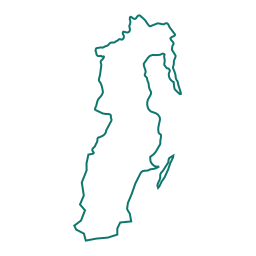 outline of Analanjirofo
{"feature_id": "MDG-5863", "entity_name": "Analanjirofo", "entity_type": "Autonomous Province", "adm_level": 1, "iso_a3": "MDG", "parent_name": "Madagascar", "parent_adm1": "", "projection": "albers", "projection_center": [49.502, -16.347], "detail": "fine", "context": "isolated", "style": "outline", "palette": "teal", "viewbox_px": 256, "rotation_deg": 0, "n_neighbors": 0, "source": "natural_earth", "source_scale": "10m", "svg_char_len": 5004}
<svg xmlns="http://www.w3.org/2000/svg" viewBox="0 0 256 256"><path d="M181.7,93.8L179.8,94.1L176.1,90.7L174.6,89.0L174.1,86.6L173.7,82.5L173.6,81.9L172.6,81.6L171.6,80.7L170.5,79.6L169.9,78.7L169.4,77.7L169.0,76.4L168.8,75.1L168.8,73.8L169.2,72.5L169.7,71.4L169.8,70.3L169.1,69.1L168.6,68.7L168.1,68.4L167.6,68.3L167.0,68.3L166.6,68.0L164.4,65.1L164.2,64.1L164.7,61.6L164.7,60.2L164.1,56.2L164.2,55.7L164.5,55.2L164.6,54.7L164.1,54.0L163.7,53.8L162.3,53.7L160.3,54.7L157.4,55.1L152.5,55.0L149.9,55.9L148.2,57.5L143.8,63.7L143.9,65.8L145.5,70.4L145.6,71.5L145.5,72.6L144.7,74.8L145.0,75.8L145.9,76.7L146.8,77.7L147.4,80.4L148.5,83.1L149.0,87.1L149.8,89.6L150.9,91.7L151.1,92.7L150.9,94.0L150.3,95.4L148.0,99.5L147.3,101.8L147.2,104.5L147.7,107.2L148.7,109.4L150.7,111.4L155.7,113.2L157.9,114.6L159.7,117.2L160.0,119.5L158.4,127.0L158.2,130.1L158.7,132.9L160.0,134.1L160.8,134.6L161.0,135.8L160.7,138.9L160.4,140.1L160.3,140.7L160.3,143.5L160.0,144.5L155.9,151.6L153.7,154.2L150.2,156.9L150.4,160.6L150.9,162.3L152.1,164.0L153.7,165.5L155.3,166.4L157.2,166.7L159.2,166.5L156.9,167.8L154.5,168.7L150.0,169.4L148.1,170.5L144.2,170.8L142.7,171.1L141.4,172.0L140.5,173.3L135.3,183.6L131.8,193.7L127.9,203.0L127.1,208.7L127.5,209.9L129.8,213.7L131.2,221.4L120.2,222.5L117.3,228.5L117.3,234.6L107.8,237.6L96.3,238.6L85.8,240.6L83.9,233.6L76.2,229.6L74.3,225.6L81.0,220.6L85.0,210.3L80.0,204.5L83.8,195.5L81.8,182.5L86.6,170.4L86.5,163.4L88.4,154.6L92.2,153.9L92.7,153.7L93.4,153.4L93.7,153.0L93.7,152.6L93.5,152.3L92.8,151.3L92.4,150.6L92.3,150.1L92.3,149.6L92.6,148.8L93.0,148.3L93.4,147.8L94.1,147.2L94.8,146.5L95.1,146.0L95.9,144.1L96.9,142.4L97.2,141.5L97.4,140.8L97.4,139.7L97.4,139.0L97.8,138.0L98.1,137.6L98.6,137.4L99.1,137.3L99.5,137.3L100.0,137.1L103.0,135.6L104.5,134.4L105.7,132.6L105.9,132.1L106.0,131.6L106.1,130.7L106.5,129.8L111.0,121.4L111.4,120.5L111.5,119.8L111.5,119.3L111.3,118.9L110.9,117.7L110.8,117.3L110.9,116.4L110.9,115.9L110.8,115.4L110.6,115.1L110.4,114.8L110.0,114.5L109.2,114.2L108.4,114.0L105.3,113.9L102.9,113.5L95.7,110.1L95.4,109.9L95.1,109.6L95.0,109.1L95.1,108.4L96.2,105.9L96.9,103.1L96.9,102.9L97.6,100.6L98.2,99.4L98.6,98.8L100.5,96.7L101.6,95.3L102.6,93.3L102.8,92.6L102.9,92.0L102.8,91.1L101.9,86.5L101.3,84.8L100.7,83.3L100.3,82.6L99.3,81.3L99.1,80.9L99.0,80.5L98.9,80.0L98.9,79.5L99.1,78.6L100.0,75.1L101.3,65.2L101.3,64.8L101.2,64.3L101.1,63.9L101.0,63.5L100.8,63.0L100.7,62.4L100.8,61.4L101.0,60.9L101.3,60.4L102.6,59.3L103.4,58.2L103.7,57.6L103.9,57.0L103.9,56.6L103.7,56.4L103.4,56.4L102.6,56.6L102.2,56.6L101.9,56.5L101.5,56.3L101.2,56.0L100.9,55.9L100.5,55.9L99.7,56.1L99.2,56.1L98.7,56.1L98.2,56.0L97.8,55.9L97.5,55.7L97.2,55.4L96.9,55.1L96.5,54.4L96.4,54.0L96.3,53.5L96.2,52.5L96.1,52.1L95.7,51.4L95.6,50.8L95.6,50.2L95.8,49.1L96.1,48.6L96.4,48.2L97.3,48.0L99.3,47.7L100.2,47.5L100.6,47.4L101.1,47.4L102.0,47.6L102.5,47.6L102.9,47.5L103.3,47.4L105.5,46.2L107.2,45.7L107.9,45.4L108.3,45.0L108.6,44.6L109.1,44.0L109.4,43.6L109.8,43.3L110.5,42.9L110.8,42.7L111.2,42.6L111.7,42.5L112.2,42.5L113.2,42.6L113.8,42.5L114.4,42.4L116.6,41.0L117.4,40.7L117.8,40.4L118.5,39.7L118.8,39.4L119.2,39.2L119.7,39.2L120.1,39.2L121.4,39.6L121.8,39.6L122.4,39.5L122.9,39.0L123.3,38.6L123.5,38.2L123.8,37.4L123.9,36.9L123.9,36.4L123.8,35.9L123.7,35.4L123.5,35.1L123.1,34.4L122.9,34.1L122.8,33.6L122.8,33.0L122.9,32.3L123.1,31.9L123.5,31.7L123.9,31.7L124.3,31.8L125.5,32.2L126.4,32.4L127.5,32.5L128.0,32.4L128.5,32.1L129.2,31.7L129.5,31.3L129.7,30.8L129.9,29.3L129.8,28.3L129.7,27.8L129.6,27.4L129.4,26.9L129.3,26.5L129.3,26.0L129.5,25.4L130.1,23.7L130.2,23.2L130.4,22.2L130.3,21.2L129.8,19.5L129.8,18.9L129.8,18.3L130.0,17.4L130.3,17.0L130.7,16.8L131.0,16.9L131.4,17.1L133.1,18.4L133.4,18.5L133.7,18.7L134.1,18.8L134.6,18.8L135.1,18.9L135.6,18.6L136.1,18.2L137.5,16.2L137.8,16.0L138.1,15.7L138.5,15.6L139.2,15.4L139.8,15.4L144.4,19.5L146.0,21.4L146.6,22.5L148.4,25.0L149.3,25.9L150.0,26.3L150.4,26.2L156.7,23.7L157.1,23.5L157.9,23.4L159.1,23.5L162.9,24.3L163.7,24.3L164.1,24.1L165.3,23.5L165.8,23.3L166.5,23.2L166.9,23.3L167.3,23.5L167.6,23.8L168.2,24.3L169.6,27.3L174.7,34.0L174.9,34.5L175.0,34.9L174.9,35.3L174.6,35.6L174.3,35.8L174.0,36.1L172.0,36.9L171.5,37.2L171.2,37.4L170.9,37.7L170.4,38.3L170.6,38.9L171.0,39.8L172.7,41.7L173.3,42.7L173.6,43.5L173.6,43.9L173.4,44.3L172.6,45.7L172.4,46.1L172.1,48.0L172.0,48.9L172.0,49.4L172.1,49.9L172.5,50.7L175.2,55.0L175.6,55.8L175.6,56.2L175.5,56.7L175.4,57.1L174.0,60.7L173.9,61.1L173.8,61.6L173.9,63.7L173.8,64.1L173.0,67.2L173.0,67.8L173.1,68.4L174.4,71.4L175.4,74.6L175.7,77.1L175.9,78.4L176.3,79.5L176.8,80.3L177.5,81.3L177.7,82.0L177.9,82.6L178.1,84.1L181.0,93.4L181.5,93.8L181.7,93.8ZM168.1,162.7L168.4,161.5L168.5,160.3L168.8,159.0L169.4,158.0L170.4,157.3L173.3,155.6L173.0,157.5L170.2,163.3L168.2,169.4L164.4,177.7L161.7,181.4L159.5,186.1L158.1,187.9L157.4,185.7L157.8,183.6L159.7,179.6L160.0,178.5L160.2,177.5L160.2,175.3L160.5,173.9L161.1,172.8L162.9,170.8L168.1,162.7Z" fill="none" stroke="#0f766e" stroke-width="2"/></svg>